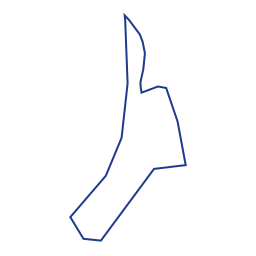 Saulkrastu, Mercator projection
{"feature_id": "LVA-5776", "entity_name": "Saulkrastu", "entity_type": "Municipality", "adm_level": 1, "iso_a3": "LVA", "parent_name": "Latvia", "parent_adm1": "", "projection": "mercator", "projection_center": [24.414, 57.265], "detail": "fine", "context": "isolated", "style": "outline", "palette": "blue", "viewbox_px": 256, "rotation_deg": 0, "n_neighbors": 0, "source": "natural_earth", "source_scale": "10m", "svg_char_len": 386}
<svg xmlns="http://www.w3.org/2000/svg" viewBox="0 0 256 256"><path d="M70.3,217.1L105.8,175.8L121.6,137.8L127.6,83.4L125.2,20.3L124.7,15.4L124.9,15.6L129.1,20.0L139.9,34.6L142.7,42.0L144.9,53.3L143.3,69.4L140.4,82.4L140.8,88.2L141.6,92.6L158.0,86.5L166.2,88.0L177.6,121.6L185.7,165.1L154.0,168.9L100.9,240.6L83.5,238.8L70.3,217.1Z" fill="none" stroke="#1e3a8a" stroke-width="2"/></svg>